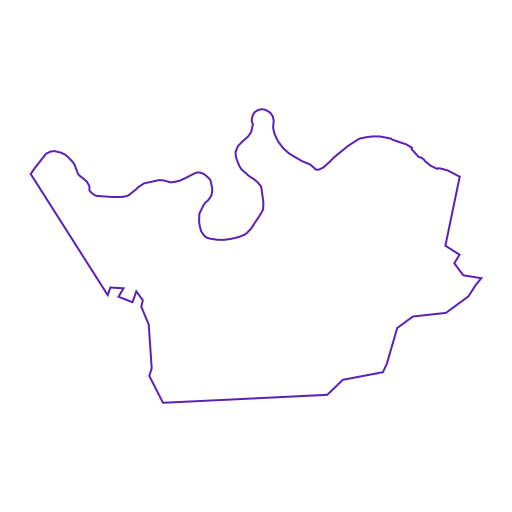 Henderson, Kentucky, United States of America
{"feature_id": "52423323B87544132972679", "entity_name": "Henderson", "entity_type": "district", "adm_level": 2, "iso_a3": "USA", "parent_name": "United States of America", "parent_adm1": "Kentucky", "projection": "mercator", "projection_center": [-87.608, 37.807], "detail": "fine", "context": "isolated", "style": "outline", "palette": "violet", "viewbox_px": 512, "rotation_deg": 0, "n_neighbors": 0, "source": "geoboundaries", "source_scale": "gbopen_adm2", "svg_char_len": 2063}
<svg xmlns="http://www.w3.org/2000/svg" viewBox="0 0 512 512"><path d="M327.3,394.8L342.8,379.8L382.9,372.2L386.9,363.6L397.2,328.0L412.9,316.5L445.9,312.9L468.5,296.3L475.4,285.5L481.3,278.2L463.3,275.3L454.3,263.3L459.5,254.7L445.4,245.7L459.7,176.7L447.7,170.4L439.7,168.3L438.0,168.3L437.2,168.9L430.6,165.7L425.3,161.4L423.9,159.6L421.4,157.6L419.1,157.2L417.8,156.0L411.8,149.3L411.5,148.8L412.0,147.8L411.7,147.5L411.4,147.4L406.3,144.4L398.8,141.9L392.0,139.5L391.0,138.6L380.0,136.5L373.2,136.4L367.5,137.0L360.0,138.5L358.1,139.4L357.6,139.7L347.8,146.1L333.5,157.8L330.7,160.9L323.3,167.5L319.0,169.6L316.2,169.8L310.2,164.5L302.4,161.3L292.6,155.7L290.8,154.5L288.9,153.3L283.3,148.3L278.8,142.4L277.1,139.5L274.6,134.1L273.1,127.7L273.7,120.9L272.8,116.4L270.6,113.1L268.4,111.5L265.1,109.7L263.7,109.5L262.4,109.2L260.3,109.4L257.7,110.3L254.4,112.3L252.8,115.4L251.8,118.7L251.8,121.9L253.0,124.1L251.1,132.2L248.0,136.6L242.0,141.9L237.8,146.3L235.5,152.2L235.9,156.8L237.4,161.4L239.4,166.1L241.5,169.4L249.6,176.5L254.0,179.2L257.4,182.1L261.2,186.6L263.4,202.6L263.1,209.4L261.2,213.2L250.9,228.8L246.9,233.0L244.8,234.6L238.2,237.2L230.8,238.9L223.9,239.9L217.5,239.8L209.7,238.6L205.7,237.1L203.5,234.8L201.0,230.9L200.0,227.1L199.1,222.1L199.3,213.8L203.6,205.1L205.1,202.9L208.1,200.3L209.9,197.9L211.4,195.3L212.2,191.6L212.2,188.0L210.7,181.1L209.7,179.1L206.3,175.9L203.4,173.8L200.2,172.6L197.7,172.4L194.7,173.3L186.2,177.7L186.1,177.8L179.4,180.8L174.4,181.9L170.5,182.4L163.8,180.4L159.1,180.1L143.9,183.4L137.9,187.4L136.6,188.9L129.3,194.8L127.4,195.8L124.7,196.5L124.3,196.6L121.3,197.0L112.5,197.0L97.0,195.9L94.7,195.2L91.8,193.1L89.7,190.8L89.4,189.9L89.4,186.2L87.3,182.4L86.7,181.4L78.7,174.9L77.7,173.0L74.7,165.1L73.0,162.3L68.2,157.2L64.9,154.5L60.8,152.6L54.5,151.1L50.7,151.5L46.0,153.8L34.4,168.6L30.7,174.0L107.7,295.1L110.4,287.5L123.5,288.3L118.5,296.8L132.5,302.2L136.3,291.4L142.8,300.2L141.3,306.7L148.7,324.5L151.7,368.3L149.3,375.9L163.0,402.8L327.3,394.8Z" fill="none" stroke="#5b21b6" stroke-width="2"/></svg>